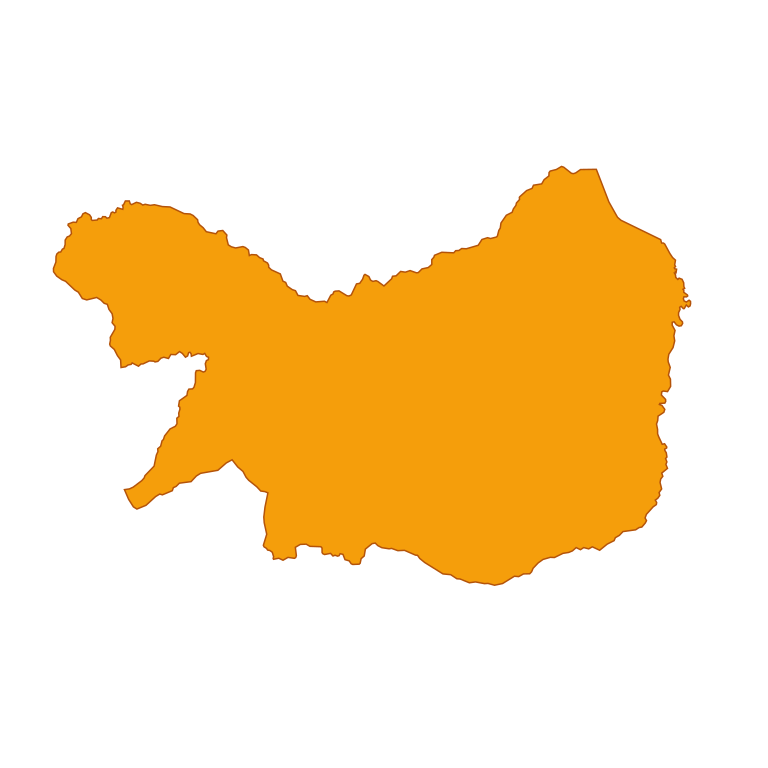 the district of Pangua, Cotopaxi, Ecuador, rotated 173°
{"feature_id": "8360857B45229230453028", "entity_name": "Pangua", "entity_type": "district", "adm_level": 2, "iso_a3": "ECU", "parent_name": "Ecuador", "parent_adm1": "Cotopaxi", "projection": "natural_earth1", "projection_center": [-79.148, -1.101], "detail": "fine", "context": "isolated", "style": "filled", "palette": "amber", "viewbox_px": 768, "rotation_deg": 173, "n_neighbors": 0, "source": "geoboundaries", "source_scale": "gbopen_adm2", "svg_char_len": 6105}
<svg xmlns="http://www.w3.org/2000/svg" viewBox="0 0 768 768"><g transform="rotate(173 384 384)"><path d="M694.8,545.0L698.0,539.0L698.3,535.7L695.7,531.0L691.1,526.8L687.5,524.7L679.5,515.0L676.2,512.4L673.0,505.6L668.8,503.7L658.6,504.9L654.8,501.9L651.9,498.2L648.9,496.8L647.9,491.6L645.3,486.9L645.0,482.2L646.4,478.0L643.9,474.0L644.5,471.0L650.0,463.7L650.2,460.7L651.4,457.0L651.0,455.1L647.5,451.2L645.1,444.6L642.5,440.0L643.0,432.4L638.4,432.6L635.6,434.1L632.6,434.3L631.4,435.6L625.5,431.6L622.7,433.5L620.8,433.3L614.1,435.5L609.7,434.7L608.6,433.8L605.7,434.0L602.3,436.8L599.3,437.4L594.8,435.6L592.0,439.3L587.3,438.5L583.0,441.1L580.4,438.9L577.8,434.8L575.5,435.8L574.1,438.9L572.8,439.2L571.8,437.6L571.8,435.0L564.9,436.9L560.1,435.4L558.2,436.2L556.8,433.0L554.9,431.9L555.3,429.6L557.4,428.9L558.9,425.9L558.7,420.3L560.1,418.3L561.9,417.9L565.2,420.0L568.7,420.1L569.7,418.1L571.0,408.4L573.0,403.9L574.6,402.5L578.3,402.7L579.9,400.5L581.0,396.7L589.1,392.3L590.6,387.1L589.5,385.9L589.6,383.9L591.3,380.1L591.5,376.8L593.8,375.3L594.3,369.8L596.2,367.5L601.8,365.5L608.1,359.2L609.7,355.8L611.2,354.7L613.3,349.4L616.5,347.3L616.6,344.5L618.6,341.2L622.2,330.5L632.4,322.2L633.5,320.0L636.2,317.6L645.5,312.2L649.5,310.9L654.5,310.8L651.5,300.6L647.7,292.6L644.5,290.0L635.0,292.6L624.4,300.1L620.0,302.1L617.5,301.0L607.1,303.9L605.7,306.8L602.8,307.7L599.2,310.5L587.4,310.6L581.4,315.6L576.9,317.7L559.4,318.6L550.1,324.9L544.0,327.3L539.3,319.5L534.6,314.4L532.3,308.3L530.0,304.9L522.8,297.5L519.4,292.8L515.3,291.7L512.5,290.1L517.1,276.4L519.5,266.6L519.8,260.9L518.7,249.2L523.4,238.6L522.9,237.0L520.6,235.1L519.8,233.4L517.5,232.6L515.4,230.6L514.6,226.0L515.3,224.4L515.0,223.5L509.7,223.9L505.7,221.4L500.4,223.6L494.1,221.9L492.8,222.5L491.9,224.3L491.9,232.7L486.6,235.0L480.7,234.5L477.3,231.9L466.5,230.2L465.5,228.7L466.0,224.3L465.5,223.1L463.8,222.0L457.7,222.4L455.6,219.5L453.5,220.0L451.0,218.8L449.5,219.1L448.2,220.9L445.5,219.9L444.1,214.4L440.1,212.7L438.5,209.6L437.0,208.7L430.6,208.2L429.5,209.0L428.0,213.4L424.6,215.7L422.6,222.4L415.3,227.0L412.1,227.2L409.8,224.3L406.1,221.8L399.0,219.8L396.5,219.9L390.6,216.9L383.9,216.4L373.6,210.3L371.6,209.9L369.8,206.5L365.4,201.9L348.6,188.3L341.0,186.6L335.4,181.8L332.3,181.2L323.5,176.3L317.3,176.4L308.6,173.6L305.1,173.4L298.8,170.8L290.6,171.5L278.0,177.3L273.8,176.4L268.7,178.5L262.5,177.9L260.4,179.6L258.5,182.9L252.7,187.7L247.5,190.5L240.0,191.7L236.0,191.0L227.0,194.1L221.2,194.3L217.3,195.4L213.2,198.2L209.2,195.6L205.7,197.3L200.9,195.4L197.1,197.0L190.2,192.7L181.9,197.9L174.7,200.5L173.1,203.3L168.8,205.1L164.8,208.4L152.0,208.6L148.4,210.4L145.5,210.6L141.6,214.2L140.1,216.4L141.2,219.2L139.4,222.7L131.8,229.3L128.4,231.1L127.8,233.1L128.9,235.7L126.2,237.2L123.8,239.9L124.2,242.7L121.2,246.0L122.0,252.7L120.9,256.0L118.5,258.4L119.2,261.7L112.9,265.7L114.0,269.9L112.7,272.2L113.6,275.7L112.1,277.0L112.1,277.9L112.2,281.3L113.4,284.0L113.3,285.2L111.3,286.0L111.0,287.0L112.8,290.5L115.2,290.3L117.7,297.9L118.5,301.1L118.0,305.6L118.4,311.1L116.8,314.3L115.9,318.7L109.7,321.8L108.4,324.6L110.8,328.9L113.2,330.1L112.6,331.1L107.6,330.8L106.5,332.4L106.4,334.4L110.0,339.2L109.3,342.3L107.7,343.0L103.5,341.9L99.8,346.7L99.1,353.9L100.6,358.2L97.9,365.6L99.2,371.3L99.1,374.1L97.7,378.8L92.7,384.9L90.2,391.4L90.4,396.5L88.6,401.7L90.8,407.3L90.4,410.1L88.5,410.4L86.5,407.1L84.1,405.5L81.8,405.6L80.2,407.7L80.2,409.3L82.3,412.1L83.3,416.2L82.9,419.0L81.1,421.9L81.2,424.1L79.6,424.9L77.7,422.3L76.8,422.3L74.3,425.6L72.5,423.4L70.7,424.2L69.9,426.3L69.7,428.7L71.0,430.0L73.9,428.5L76.0,429.9L76.5,432.1L75.7,434.0L73.1,433.6L71.8,434.4L72.0,435.4L75.3,438.5L75.0,440.4L75.7,441.6L73.9,442.3L74.5,444.1L74.2,447.9L75.4,451.6L78.2,453.1L79.6,452.0L81.4,454.2L81.4,457.0L82.2,458.7L81.2,458.7L81.1,459.7L80.5,459.1L79.6,462.3L81.5,463.0L81.7,464.0L80.3,465.1L81.0,466.7L79.6,471.4L82.2,474.4L84.4,478.8L88.3,488.7L89.4,489.8L91.3,490.1L91.8,493.6L128.8,517.6L131.9,521.0L138.6,537.3L147.1,571.2L162.8,572.9L168.1,570.1L170.4,569.7L172.3,570.3L179.2,577.3L181.3,578.3L186.8,575.9L193.1,575.1L194.4,573.8L195.0,570.4L200.1,567.4L203.1,563.4L211.4,563.1L213.2,560.1L218.9,558.6L226.2,553.5L226.9,552.8L227.0,550.6L230.5,547.5L231.3,545.2L234.2,542.1L235.9,538.8L242.0,536.6L248.3,529.5L249.6,524.6L251.3,522.5L253.4,517.1L254.4,516.2L260.5,515.4L263.4,516.6L269.2,515.5L273.6,510.2L285.8,508.2L290.4,509.0L293.4,507.4L296.6,507.6L298.8,505.7L310.6,507.7L318.2,505.6L319.1,503.7L321.4,501.7L322.0,496.8L325.9,494.2L332.3,493.6L336.4,490.4L338.2,490.4L344.3,493.4L349.2,492.4L353.8,493.7L358.8,489.9L362.4,489.9L363.6,487.5L372.1,481.3L377.6,486.5L379.3,487.5L382.6,487.2L384.7,488.8L385.9,492.5L389.5,495.1L390.6,494.4L392.5,490.6L395.8,486.9L399.1,486.7L405.6,476.4L408.0,475.6L410.0,476.1L417.3,481.9L421.2,482.1L422.7,481.5L423.6,479.6L426.0,478.6L430.7,471.8L433.0,473.4L441.7,473.8L447.1,477.1L449.4,481.0L452.1,480.6L458.6,482.4L460.5,487.4L463.6,488.9L468.1,492.9L469.2,496.8L471.8,498.4L473.5,505.9L481.8,511.0L484.2,513.9L484.0,516.0L484.9,518.3L488.6,521.0L488.8,522.8L492.1,524.6L494.8,527.7L499.8,528.6L502.0,527.9L502.2,533.5L505.0,536.4L507.3,537.6L514.7,537.1L518.8,538.8L521.6,541.1L522.5,548.4L521.8,551.0L525.3,556.0L530.1,556.0L532.5,553.6L541.8,556.8L544.4,561.1L547.6,564.5L548.9,567.2L549.0,569.8L552.9,574.5L555.7,576.4L561.7,577.5L574.8,585.8L582.3,587.1L590.0,589.9L594.2,589.8L599.2,591.5L601.6,591.0L604.0,593.1L607.6,594.5L612.6,592.8L613.9,593.8L614.5,596.7L618.4,597.2L620.7,593.6L621.8,593.3L621.4,591.4L622.0,589.2L627.0,591.3L628.9,589.1L629.1,587.3L630.6,586.7L632.3,587.8L633.8,587.3L636.2,582.7L637.0,582.5L638.9,582.4L640.1,584.0L642.8,584.4L644.3,582.5L647.3,583.1L648.7,581.7L653.7,581.9L654.5,583.0L654.2,585.0L655.6,587.8L659.5,590.5L662.1,589.6L663.9,586.8L667.6,585.4L669.7,581.9L672.8,582.5L677.9,581.3L678.3,580.0L675.9,576.5L675.9,571.3L678.1,569.2L680.5,568.6L682.9,565.7L683.5,561.2L685.2,557.5L686.7,557.1L688.8,554.4L690.7,554.5L692.9,552.9L694.0,550.5L694.8,545.0Z" fill="#f59e0b" stroke="#b45309" stroke-width="1.5"/></g></svg>